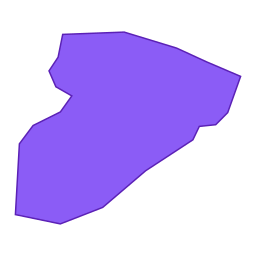 an SVG outline of Budaka
{"feature_id": "UGA-5594", "entity_name": "Budaka", "entity_type": "County", "adm_level": 1, "iso_a3": "UGA", "parent_name": "Uganda", "parent_adm1": "", "projection": "orthographic", "projection_center": [33.979, 1.049], "detail": "fine", "context": "isolated", "style": "filled", "palette": "violet", "viewbox_px": 256, "rotation_deg": 0, "n_neighbors": 0, "source": "natural_earth", "source_scale": "10m", "svg_char_len": 364}
<svg xmlns="http://www.w3.org/2000/svg" viewBox="0 0 256 256"><path d="M240.6,76.4L227.7,112.6L215.7,124.7L199.3,126.4L192.9,139.8L145.7,170.7L102.7,207.4L60.3,223.9L15.4,214.6L19.4,143.8L33.1,125.5L60.4,111.9L71.8,95.9L55.9,86.8L49.0,70.9L58.1,57.2L62.7,34.4L124.2,32.1L176.6,48.1L206.2,61.7L240.6,76.4Z" fill="#8b5cf6" stroke="#5b21b6" stroke-width="1.5"/></svg>